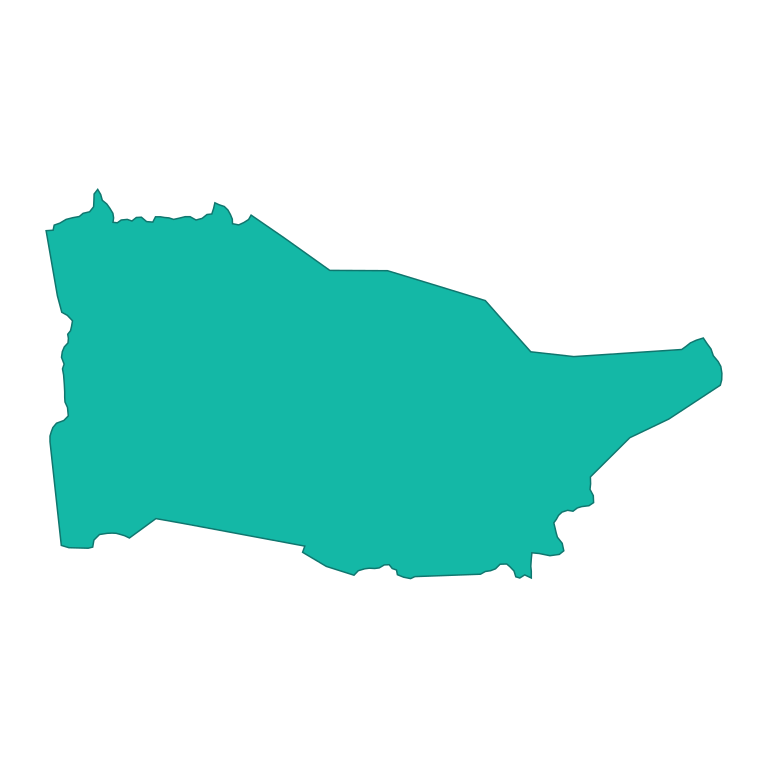 the district of Mairi, Bahia, Brazil
{"feature_id": "56859067B37301290219198", "entity_name": "Mairi", "entity_type": "district", "adm_level": 2, "iso_a3": "BRA", "parent_name": "Brazil", "parent_adm1": "Bahia", "projection": "mercator", "projection_center": [-40.194, -11.719], "detail": "fine", "context": "isolated", "style": "filled", "palette": "teal", "viewbox_px": 768, "rotation_deg": 0, "n_neighbors": 0, "source": "geoboundaries", "source_scale": "gbopen_adm2", "svg_char_len": 2173}
<svg xmlns="http://www.w3.org/2000/svg" viewBox="0 0 768 768"><path d="M531.3,578.0L531.3,571.2L530.8,566.3L531.3,558.9L531.9,552.8L539.2,553.5L549.9,555.7L559.3,554.4L563.8,550.8L562.2,543.3L557.4,537.2L556.1,532.6L555.0,527.8L553.8,522.8L556.3,519.4L558.5,515.4L562.0,512.1L567.6,510.3L573.0,511.2L577.4,507.9L581.7,506.6L589.0,505.7L593.6,502.6L593.3,495.6L590.0,489.4L590.6,483.9L590.4,476.9L629.8,437.7L668.9,419.0L720.3,385.2L721.7,379.9L721.9,373.4L720.8,366.4L718.1,361.5L713.3,355.7L711.0,349.0L707.1,343.7L703.3,338.0L696.3,340.2L690.4,342.9L685.7,346.6L681.7,349.5L573.8,356.6L530.8,351.8L504.2,322.0L485.3,300.6L446.9,288.8L387.5,270.7L329.8,270.4L316.2,260.7L284.2,237.9L251.1,215.1L248.6,219.5L243.9,222.5L238.7,224.9L232.5,223.7L232.3,219.1L230.4,214.5L227.9,210.0L224.3,206.5L219.0,204.7L214.9,202.8L213.6,208.4L211.8,214.0L207.0,214.5L202.1,218.4L196.0,220.0L190.1,216.7L185.1,216.7L179.0,218.2L173.6,219.4L169.0,217.9L164.6,217.5L160.4,216.8L155.5,216.8L152.8,222.1L146.6,221.6L141.4,217.2L136.3,217.5L131.9,221.0L127.3,219.4L121.2,220.0L117.3,222.8L113.0,222.3L113.6,217.9L112.9,213.3L109.8,208.2L106.8,204.0L102.3,200.3L100.7,194.5L97.7,189.4L94.1,194.0L93.9,201.0L93.6,206.8L89.6,211.8L83.1,213.3L79.3,216.5L72.7,217.7L66.1,219.4L59.9,223.1L54.2,225.1L53.1,230.2L46.1,230.7L57.4,295.8L61.8,312.3L67.3,315.3L72.5,320.8L71.5,326.6L70.5,330.8L67.7,334.2L68.4,338.3L68.0,342.9L64.3,346.9L62.3,351.7L61.5,357.3L64.1,364.1L62.5,368.9L63.6,375.0L64.3,384.1L64.7,391.9L64.7,397.3L65.0,402.0L67.5,407.5L68.3,415.9L63.8,420.5L56.5,423.2L52.9,427.5L51.3,431.7L50.0,436.1L50.0,441.7L61.3,545.4L68.9,547.7L80.7,548.0L88.2,548.2L92.7,547.1L93.9,540.1L99.5,534.5L107.3,533.3L112.1,533.1L116.2,533.3L120.6,534.5L124.6,535.7L129.4,538.0L155.9,518.6L182.4,523.3L304.8,546.1L302.6,552.3L326.3,566.4L354.0,575.2L358.3,570.7L364.7,568.8L369.3,568.2L374.7,568.5L379.2,567.9L384.3,564.9L389.2,564.7L392.2,568.5L396.5,570.0L397.4,574.7L403.6,577.2L410.6,578.6L414.9,576.6L480.5,574.2L485.3,571.5L490.6,570.7L495.5,568.8L500.1,564.2L506.7,564.0L509.9,566.7L514.0,571.0L515.8,576.8L519.8,578.0L524.7,574.9L531.3,578.0Z" fill="#14b8a6" stroke="#0f766e" stroke-width="1.5"/></svg>